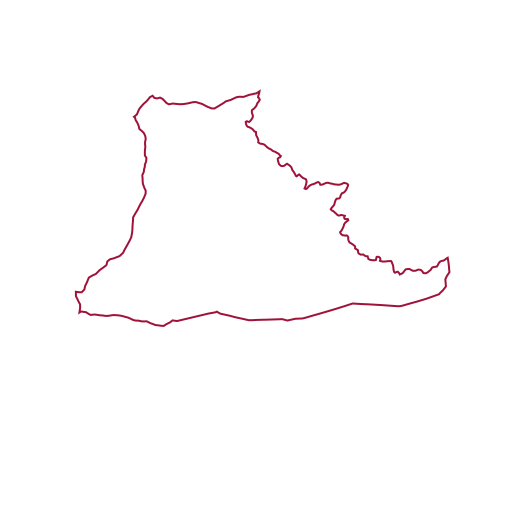 Kabondo Kasipul, Nyanza, Kenya (Equal Earth projection), rotated 32°
{"feature_id": "3690345B44381744243439", "entity_name": "Kabondo Kasipul", "entity_type": "district", "adm_level": 2, "iso_a3": "KEN", "parent_name": "Kenya", "parent_adm1": "Nyanza", "projection": "equal_earth", "projection_center": [34.874, -0.447], "detail": "fine", "context": "isolated", "style": "outline", "palette": "rose", "viewbox_px": 512, "rotation_deg": 32, "n_neighbors": 0, "source": "geoboundaries", "source_scale": "gbopen_adm2", "svg_char_len": 5948}
<svg xmlns="http://www.w3.org/2000/svg" viewBox="0 0 512 512"><g transform="rotate(32 256 256)"><path d="M419.5,155.9L418.8,157.2L418.2,159.1L417.4,160.6L416.0,161.8L414.9,163.6L414.8,165.6L415.0,167.0L415.0,169.1L413.7,170.2L412.3,171.4L411.5,172.5L411.4,173.8L411.5,175.1L410.9,176.9L410.3,178.7L409.4,180.4L408.1,181.3L407.0,181.7L405.3,180.9L403.4,180.5L402.2,180.8L400.9,181.5L400.0,182.7L399.2,183.8L398.2,184.6L397.1,185.3L395.6,185.6L394.1,185.6L392.9,185.8L391.9,186.4L390.9,187.2L390.0,188.1L389.8,189.5L389.7,191.2L389.4,193.0L387.7,195.5L386.7,194.8L385.6,194.4L384.6,194.2L383.6,195.2L382.8,196.5L381.6,196.3L380.5,195.3L379.4,194.2L378.7,193.1L377.6,191.8L376.4,190.7L375.4,190.1L374.4,189.2L373.3,188.7L371.5,189.9L370.4,190.6L369.4,191.5L367.9,192.6L366.8,193.3L365.6,193.9L363.7,194.4L363.2,192.8L362.2,191.9L361.2,191.7L359.8,192.0L358.8,192.8L359.2,194.2L359.8,195.8L358.7,196.9L356.9,197.9L355.6,198.5L354.6,198.8L353.0,199.0L351.8,198.0L350.8,197.1L349.5,197.9L348.1,198.1L346.1,197.9L345.0,198.7L343.9,199.4L342.7,199.4L341.6,199.4L340.4,198.5L339.4,197.1L337.8,197.0L336.1,197.1L334.9,195.3L333.4,195.1L331.9,194.9L330.2,194.9L329.1,194.9L328.1,194.9L327.1,194.4L326.1,193.7L325.1,192.6L324.4,191.3L323.0,190.5L321.7,190.6L320.8,191.5L319.6,191.9L318.4,192.5L317.2,192.4L315.7,192.0L314.7,191.2L315.0,189.6L315.0,188.0L314.8,186.0L314.5,184.2L314.0,182.6L313.9,181.2L314.2,179.9L314.8,178.2L315.3,176.8L314.2,176.0L312.7,177.1L311.4,177.5L310.3,176.6L310.1,174.9L309.1,175.1L308.1,175.5L306.4,176.1L305.3,177.5L304.3,178.0L303.0,178.0L301.6,177.6L300.4,177.5L299.3,177.2L297.7,177.0L296.0,177.2L294.6,176.7L294.6,175.3L294.9,173.5L295.2,171.4L294.9,170.0L294.4,168.7L293.9,166.6L294.0,164.7L295.1,163.9L296.1,163.0L296.3,161.5L295.8,160.2L295.6,158.9L295.7,157.1L296.6,156.1L297.2,154.4L297.4,152.3L297.2,150.4L296.9,148.5L296.5,146.9L295.2,146.4L294.0,146.6L293.0,147.0L291.9,147.3L291.0,148.7L290.0,150.2L289.0,151.3L287.9,152.0L286.9,152.5L285.7,153.1L284.6,153.7L283.4,154.0L281.9,154.5L280.4,155.2L278.9,155.5L277.6,156.1L276.4,157.3L275.5,158.7L274.4,160.3L272.8,161.5L271.2,160.4L269.6,160.3L268.6,161.4L267.7,163.1L266.6,164.6L265.7,165.5L264.7,166.9L264.0,168.5L263.7,170.1L263.5,171.8L262.8,172.8L261.4,173.0L261.0,170.6L260.5,168.7L260.0,167.3L259.4,166.0L258.3,164.9L257.4,164.4L256.2,164.7L254.3,164.9L252.8,164.7L251.6,164.5L250.6,164.1L249.3,164.0L248.7,165.5L248.2,166.9L247.2,166.9L246.2,166.1L245.3,165.7L244.0,164.9L242.4,164.3L241.2,163.8L240.0,162.8L238.9,162.0L237.8,161.7L236.4,161.4L235.0,161.4L233.5,161.3L232.8,162.6L232.2,164.4L230.8,165.8L229.6,166.3L228.4,166.2L226.8,165.8L225.3,164.6L224.1,163.5L222.9,162.0L223.2,160.7L224.1,159.6L224.1,158.1L222.9,158.0L221.7,157.5L220.6,157.3L219.2,157.5L217.3,157.4L215.7,157.8L214.3,158.0L212.6,157.7L211.1,157.8L209.6,158.0L207.5,157.8L206.0,157.5L204.8,157.2L203.5,157.2L201.9,157.6L200.3,158.4L199.3,158.5L197.7,158.5L197.0,157.1L196.1,156.0L194.7,155.0L193.6,154.3L192.4,153.7L191.4,152.5L190.2,150.8L188.7,151.2L187.7,150.8L186.5,150.4L185.2,150.2L184.1,150.2L182.7,150.3L181.3,150.5L180.3,150.8L179.3,150.5L178.0,149.7L177.1,148.8L176.2,147.6L176.9,146.5L178.0,146.4L179.1,146.0L179.6,144.6L179.8,142.7L179.8,140.9L179.4,139.2L178.4,138.1L177.3,137.3L176.1,136.1L175.3,134.4L176.2,132.0L176.6,129.8L176.7,128.2L176.3,126.6L176.2,125.1L176.5,123.7L176.4,121.5L175.0,120.6L173.6,120.3L173.0,118.8L172.7,117.4L172.3,116.0L171.7,114.5L170.1,117.9L168.1,119.7L167.2,120.7L165.9,121.9L164.7,123.1L163.4,124.8L161.2,127.6L159.9,128.4L157.7,129.6L155.3,131.7L153.8,134.0L151.8,137.1L148.5,140.8L147.3,143.7L145.2,147.9L142.6,152.9L140.1,154.4L138.0,154.7L136.2,155.1L133.2,155.4L129.7,155.6L127.3,156.3L123.4,157.3L121.0,159.0L119.5,160.5L117.2,162.8L114.1,165.5L111.1,167.6L108.3,169.0L104.5,170.9L101.8,173.5L99.2,173.7L96.4,173.0L93.7,172.3L90.7,172.5L88.6,174.8L86.0,175.8L83.4,174.9L81.9,177.5L81.4,181.5L80.9,183.8L80.1,186.4L79.5,189.8L79.1,192.7L79.2,194.2L79.5,196.2L80.0,198.9L78.8,202.6L80.0,202.7L81.9,204.5L84.6,205.8L87.5,207.8L89.8,210.1L93.2,210.5L96.1,211.3L98.8,213.2L100.5,215.3L101.4,217.8L102.6,219.9L104.3,222.0L105.6,224.9L107.0,227.3L108.5,229.6L111.2,231.0L112.8,234.3L113.3,237.3L114.5,239.4L115.1,241.8L116.3,244.2L116.7,247.6L118.6,250.2L120.0,252.3L121.8,254.7L123.8,256.3L125.7,257.7L127.8,259.0L129.3,261.5L130.0,265.3L130.4,269.4L130.5,273.7L130.8,276.8L131.1,279.5L131.1,283.3L131.3,288.3L133.0,291.3L134.3,293.9L135.8,296.7L137.2,299.1L138.9,302.6L140.3,306.4L140.7,309.9L140.9,313.1L141.1,316.9L141.2,320.0L141.6,323.8L140.3,328.5L138.5,330.8L136.6,333.4L134.0,336.0L132.8,339.3L134.0,343.0L132.4,347.2L130.9,350.8L129.7,356.1L127.5,359.4L125.7,362.9L126.6,368.1L127.0,371.9L128.2,375.4L127.4,379.1L125.3,380.4L122.2,381.8L124.6,385.5L127.7,387.4L130.2,389.0L132.4,390.2L134.4,393.3L136.2,397.5L137.0,395.8L141.7,393.7L143.6,393.8L146.8,393.7L148.9,392.1L150.4,391.0L153.8,389.5L155.7,388.7L157.6,387.6L158.6,387.2L159.6,386.8L161.8,385.5L163.2,384.4L165.4,382.4L167.1,381.2L169.9,379.7L171.5,378.9L174.2,377.8L176.0,377.3L177.0,377.0L179.9,376.1L180.9,375.9L183.4,375.6L185.9,375.3L188.2,374.5L190.6,373.1L193.7,372.0L195.2,371.1L198.0,369.3L201.3,369.0L202.8,368.8L204.1,368.4L207.1,367.9L208.2,367.4L209.9,366.6L212.8,365.3L214.8,364.2L216.1,361.3L218.3,357.8L219.3,354.9L221.9,353.7L223.5,353.0L245.9,330.3L250.6,326.0L251.5,325.2L252.2,324.0L256.3,323.8L265.6,320.5L270.6,319.0L278.4,316.2L283.8,314.3L286.7,312.5L291.7,309.0L299.3,304.0L311.8,295.6L316.8,294.1L322.7,288.3L328.6,284.3L331.7,281.0L333.7,278.7L334.6,277.7L339.5,272.3L347.0,263.9L351.4,258.9L357.4,251.9L363.1,245.1L370.1,241.3L376.8,237.5L387.0,231.9L391.3,229.6L402.4,223.7L404.7,222.3L407.0,220.0L411.2,215.3L416.9,209.1L423.2,201.9L431.5,191.4L431.8,189.4L432.7,186.1L433.2,181.2L431.4,178.7L430.2,177.2L428.9,175.4L428.5,172.1L428.6,167.2L426.6,164.6L425.3,162.8L422.9,159.8L419.5,155.9Z" fill="none" stroke="#9f1239" stroke-width="2"/></g></svg>